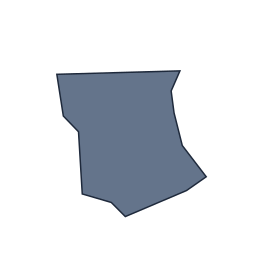 the border of Christ Church Nichola Town, rotated 325°
{"feature_id": "KNA-5099", "entity_name": "Christ Church Nichola Town", "entity_type": "Parish", "adm_level": 1, "iso_a3": "KNA", "parent_name": "Saint Kitts and Nevis", "parent_adm1": "", "projection": "robinson", "projection_center": [-62.761, 17.359], "detail": "fine", "context": "isolated", "style": "filled", "palette": "slate", "viewbox_px": 256, "rotation_deg": 325, "n_neighbors": 0, "source": "natural_earth", "source_scale": "10m", "svg_char_len": 319}
<svg xmlns="http://www.w3.org/2000/svg" viewBox="0 0 256 256"><g transform="rotate(325 128 128)"><path d="M100.5,43.2L203.3,111.0L184.6,122.4L174.4,142.0L162.4,173.5L164.1,212.8L140.1,212.8L75.0,199.0L71.6,179.4L52.7,155.8L85.3,102.7L81.9,81.1L100.5,43.2Z" fill="#64748b" stroke="#1e293b" stroke-width="1.5"/></g></svg>